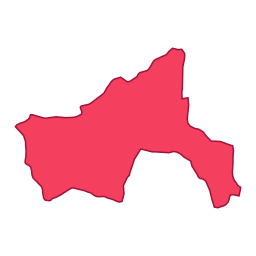 the Province of Parwan
{"feature_id": "AFG-1772", "entity_name": "Parwan", "entity_type": "Province", "adm_level": 1, "iso_a3": "AFG", "parent_name": "Afghanistan", "parent_adm1": "", "projection": "orthographic", "projection_center": [68.914, 35.004], "detail": "fine", "context": "isolated", "style": "filled", "palette": "rose", "viewbox_px": 256, "rotation_deg": 0, "n_neighbors": 0, "source": "natural_earth", "source_scale": "10m", "svg_char_len": 2218}
<svg xmlns="http://www.w3.org/2000/svg" viewBox="0 0 256 256"><path d="M152.3,151.9L140.9,149.0L140.3,149.7L134.4,159.3L129.8,172.9L129.3,175.5L127.3,177.3L123.4,185.7L124.0,193.9L122.0,201.4L119.9,202.0L117.5,201.6L112.6,199.4L107.1,197.8L104.8,196.6L103.6,196.5L98.8,196.7L96.7,196.5L94.5,195.6L91.6,193.4L90.9,193.0L90.2,192.7L87.4,191.9L85.2,190.9L73.6,188.0L72.0,188.0L69.8,189.0L60.4,195.1L55.6,197.5L53.0,198.3L52.1,198.8L50.8,200.2L50.0,200.6L48.8,200.7L45.9,200.2L45.0,200.0L44.3,199.1L43.7,198.2L42.7,192.6L42.5,189.7L42.1,188.2L41.3,186.4L33.2,178.1L32.5,176.5L31.9,174.3L31.6,170.6L30.6,167.0L28.8,165.4L25.8,163.7L25.4,163.1L25.0,162.1L25.9,156.2L26.1,150.5L25.7,146.2L25.5,141.3L23.6,135.6L15.4,126.7L16.6,125.1L19.9,123.3L24.3,121.9L26.6,120.5L28.4,119.1L29.4,117.9L29.9,116.9L30.1,116.0L30.2,115.2L30.7,114.7L31.8,114.6L43.3,117.9L45.6,118.2L56.0,116.8L65.7,117.7L73.7,117.3L76.9,116.6L81.3,114.3L81.9,112.2L81.8,111.5L81.5,110.6L80.6,108.8L80.4,107.8L80.3,107.2L80.8,106.4L81.7,105.9L88.9,104.3L91.1,103.0L102.8,94.1L103.1,93.9L104.3,92.6L106.6,88.2L109.2,84.8L110.8,82.2L112.3,80.6L113.7,79.5L114.6,79.0L120.7,77.2L127.2,81.8L128.8,81.6L130.0,81.3L137.0,76.6L138.2,74.2L138.9,73.4L140.2,72.5L146.9,70.6L147.9,70.0L148.9,68.9L150.4,66.7L153.1,61.7L154.3,60.4L156.0,59.3L163.9,55.7L165.0,55.4L166.0,54.7L167.3,53.6L168.8,51.5L172.5,48.3L178.1,49.6L180.1,49.5L181.2,49.2L182.2,49.9L184.7,53.6L184.6,58.4L182.8,67.0L182.4,88.6L181.8,92.0L182.1,98.7L188.0,97.8L188.7,105.2L187.5,115.8L187.3,119.5L187.9,123.3L190.3,126.2L194.5,128.3L198.9,129.3L201.4,130.7L203.4,132.2L206.4,136.2L211.0,141.0L220.5,141.5L227.4,144.1L232.6,145.8L233.5,150.2L232.9,158.2L233.0,162.2L232.4,171.7L232.6,175.2L233.2,177.7L234.2,180.1L235.1,181.5L236.1,182.6L237.0,184.3L238.0,185.5L238.9,186.3L240.6,187.2L240.6,188.6L240.3,189.8L239.0,195.9L233.5,194.7L231.5,194.7L230.1,195.6L229.4,197.8L228.9,199.9L228.2,201.8L226.2,204.2L224.1,205.7L217.8,207.7L214.4,207.1L211.9,199.3L209.9,190.6L205.9,181.4L203.1,179.0L199.9,178.4L198.3,176.9L197.2,174.5L192.0,166.1L190.7,161.0L184.0,157.1L182.2,155.4L179.4,153.3L176.6,152.0L173.6,151.5L168.9,152.7L154.6,151.8L152.3,151.9Z" fill="#f43f5e" stroke="#9f1239" stroke-width="1.5"/></svg>